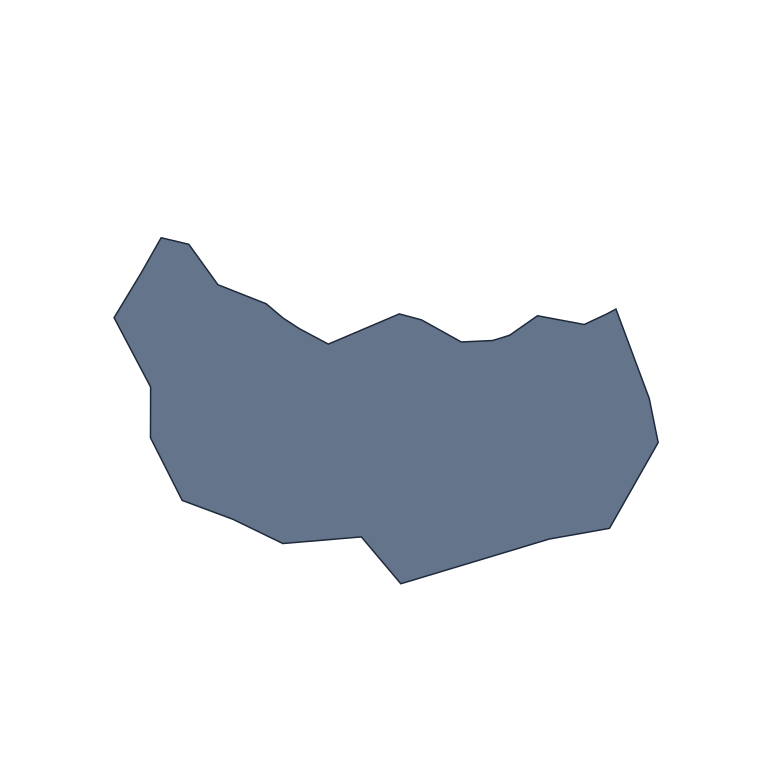 Alona, Nicosia, Cyprus (Equal Earth projection), rotated 144°
{"feature_id": "46923920B16152598382892", "entity_name": "Alona", "entity_type": "district", "adm_level": 2, "iso_a3": "CYP", "parent_name": "Cyprus", "parent_adm1": "Nicosia", "projection": "equal_earth", "projection_center": [33.044, 34.926], "detail": "fine", "context": "isolated", "style": "filled", "palette": "slate", "viewbox_px": 768, "rotation_deg": 144, "n_neighbors": 0, "source": "geoboundaries", "source_scale": "gbopen_adm2", "svg_char_len": 555}
<svg xmlns="http://www.w3.org/2000/svg" viewBox="0 0 768 768"><g transform="rotate(144 384 384)"><path d="M341.6,161.5L286.4,134.7L196.6,175.5L177.9,216.4L152.3,308.3L163.1,309.8L187.1,314.5L219.7,349.0L253.7,349.6L270.5,355.3L296.8,372.6L316.0,413.9L330.4,431.7L405.6,449.0L419.9,478.4L426.9,496.7L428.7,504.0L429.5,507.4L432.2,518.2L460.0,561.9L459.8,611.7L478.3,633.3L514.7,616.8L563.4,596.3L574.6,518.7L604.5,477.8L615.7,408.4L585.8,363.4L559.6,314.4L492.2,273.6L487.8,212.5L341.6,161.5Z" fill="#64748b" stroke="#1e293b" stroke-width="1.5"/></g></svg>